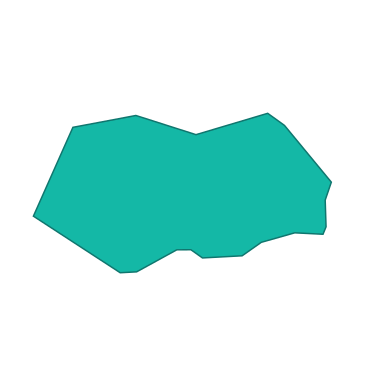 Tonj East, Warrap, South Sudan, rotated 208°
{"feature_id": "79223893B19595025939095", "entity_name": "Tonj East", "entity_type": "district", "adm_level": 2, "iso_a3": "SSD", "parent_name": "South Sudan", "parent_adm1": "Warrap", "projection": "orthographic", "projection_center": [29.157, 7.837], "detail": "fine", "context": "isolated", "style": "filled", "palette": "teal", "viewbox_px": 384, "rotation_deg": 208, "n_neighbors": 0, "source": "geoboundaries", "source_scale": "gbopen_adm2", "svg_char_len": 403}
<svg xmlns="http://www.w3.org/2000/svg" viewBox="0 0 384 384"><g transform="rotate(208 192 192)"><path d="M167.1,292.1L215.4,244.5L277.5,233.2L327.5,193.2L320.7,96.2L217.5,87.0L203.4,95.5L178.3,133.8L165.9,140.5L151.8,138.7L117.8,159.2L107.2,180.1L82.1,204.2L56.5,216.2L57.3,224.2L70.6,247.4L73.6,266.1L141.6,294.2L162.1,297.0L167.1,292.1Z" fill="#14b8a6" stroke="#0f766e" stroke-width="1.5"/></g></svg>